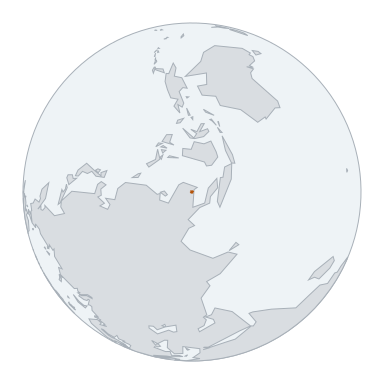 the Earth from above Takêv, rotated 238°
{"feature_id": "KHM-1802", "entity_name": "Takêv", "entity_type": "Province", "adm_level": 1, "iso_a3": "KHM", "parent_name": "Cambodia", "parent_adm1": "", "projection": "orthographic", "projection_center": [104.777, 10.935], "detail": "fine", "context": "on_globe", "style": "filled", "palette": "amber", "viewbox_px": 384, "rotation_deg": 238, "n_neighbors": 0, "source": "natural_earth", "source_scale": "10m", "svg_char_len": 9268}
<svg xmlns="http://www.w3.org/2000/svg" viewBox="0 0 384 384"><g transform="rotate(238 192 192)"><circle cx="192" cy="192" r="169" fill="#eef3f6" stroke="#a8b0b8"/><path d="M349.0,245.8L348.7,246.9L348.6,247.1L349.0,245.8ZM270.0,42.1L276.2,45.7L270.6,42.6L285.8,52.4L290.3,57.0L281.8,49.7L278.3,47.6L279.7,49.3L276.4,47.6L275.2,47.6L271.1,45.6L266.5,42.1L263.8,40.9L264.9,42.3L261.5,41.5L260.3,39.5L254.3,38.1L245.4,33.3L245.3,31.7L243.1,31.0L256.8,35.9L270.0,42.1ZM281.3,49.0L280.2,48.1L282.4,49.6L281.3,49.0ZM275.7,48.0L277.1,49.0L275.9,48.6L275.7,48.0ZM268.6,45.3L266.2,44.8L267.8,44.7L268.6,45.3ZM264.2,44.1L258.5,43.3L261.1,45.1L250.6,40.1L259.0,42.1L260.6,41.5L261.7,42.8L264.2,44.1ZM245.8,37.7L243.7,37.2L245.0,37.1L245.8,37.7ZM227.7,26.9L226.9,26.7L225.9,26.5L227.7,26.9ZM220.7,25.5L217.5,25.0L216.9,24.9L220.7,25.5ZM215.7,24.8L221.7,25.7L222.0,25.8L215.7,24.8ZM212.0,24.3L214.1,24.5L214.3,24.6L212.0,24.3ZM205.2,23.6L203.8,23.5L204.0,23.5L205.2,23.6ZM206.9,23.7L209.0,23.9L208.1,23.8L207.8,23.9L206.7,23.7L206.9,23.7ZM211.8,24.3L212.6,24.4L210.9,24.2L211.8,24.3ZM201.5,23.3L202.6,23.5L199.6,23.4L197.7,23.1L199.6,23.2L201.5,23.3ZM58.3,88.7L58.3,89.0L57.2,90.8L52.0,97.7L46.5,110.5L51.0,105.2L51.4,113.6L55.0,115.6L65.8,102.3L59.9,98.7L64.1,91.4L73.1,88.6L79.1,92.8L80.9,90.2L81.6,82.6L87.5,79.1L82.4,79.8L81.1,82.8L77.9,83.5L78.8,80.9L80.9,79.6L80.4,77.6L70.7,85.0L68.4,88.9L64.3,88.1L60.0,94.7L57.3,97.0L63.5,86.8L66.3,83.6L74.1,72.6L70.7,75.7L63.2,86.6L63.5,85.3L58.9,90.5L62.7,85.5L71.9,73.7L71.2,73.8L86.7,59.8L92.1,56.0L92.2,56.4L100.8,50.8L102.0,50.5L96.6,53.7L92.9,56.5L94.1,58.7L96.2,57.9L101.6,54.3L101.3,55.7L106.4,52.0L110.2,52.3L109.9,49.1L116.3,45.6L122.1,44.0L124.2,42.5L114.7,45.3L111.0,47.1L107.9,49.3L97.8,54.6L96.0,54.9L106.4,47.9L105.1,47.8L113.8,43.0L133.9,37.1L139.0,37.4L133.9,44.2L129.0,45.7L128.4,43.7L123.1,48.4L126.3,46.6L126.0,48.0L132.1,45.8L132.2,46.7L137.8,43.2L138.6,44.1L135.0,46.3L144.6,44.5L147.9,46.3L150.1,45.5L151.4,44.2L154.7,47.7L156.1,47.0L155.6,45.5L158.1,43.3L163.8,41.0L164.7,42.3L162.7,43.3L159.9,47.8L154.5,50.8L155.5,51.2L160.3,49.0L163.8,43.4L167.0,41.7L166.0,44.1L166.6,43.1L168.5,42.7L171.1,43.7L172.5,41.0L191.7,36.7L198.7,38.9L195.7,41.1L210.1,41.3L216.8,44.8L216.3,43.2L222.8,43.0L220.8,41.9L221.1,41.2L236.9,41.4L241.3,42.9L247.5,42.4L247.3,41.8L244.4,40.5L250.6,40.1L261.1,45.1L261.1,46.2L267.7,49.1L266.8,51.5L269.2,55.2L264.5,56.9L266.8,60.1L269.1,60.9L273.9,66.3L275.8,75.5L264.1,64.3L259.2,52.2L260.3,56.5L257.1,54.6L255.6,55.7L256.7,59.2L258.6,60.1L244.8,62.8L241.3,72.5L248.9,72.8L253.7,76.6L256.3,90.5L242.2,108.6L248.5,116.0L248.9,120.6L243.6,122.9L242.8,116.2L237.3,113.3L237.7,109.5L228.9,111.8L229.0,106.5L222.0,111.3L224.8,115.8L232.5,115.4L226.4,122.5L234.3,130.9L235.3,140.6L222.0,156.8L208.5,161.2L207.6,164.2L202.3,160.3L195.1,166.1L205.1,184.6L204.8,189.7L193.1,198.9L192.9,195.0L178.6,184.6L175.9,196.9L186.7,207.9L190.4,220.3L182.0,216.0L178.3,205.1L173.2,201.1L174.7,190.3L170.6,174.1L162.2,176.4L162.9,170.1L156.0,156.6L143.9,159.6L124.7,174.6L122.0,190.8L115.4,197.2L107.8,172.6L108.3,156.9L103.0,157.6L97.2,143.5L80.0,139.5L79.8,135.3L76.0,136.4L72.3,131.4L72.8,124.7L69.5,124.3L68.8,142.1L72.6,142.7L78.8,137.3L77.6,143.5L81.5,150.0L69.3,162.7L47.4,170.7L49.0,158.5L51.8,123.6L53.8,120.3L53.9,119.9L54.2,119.2L50.6,124.3L52.4,117.9L46.8,141.0L44.3,150.8L47.0,171.4L45.9,173.0L47.9,177.6L58.9,176.0L58.1,180.0L50.6,197.2L38.7,218.7L42.4,236.6L45.3,251.2L42.6,258.5L47.7,270.1L47.1,272.8L50.3,279.2L52.5,285.0L54.4,289.7L53.3,288.5L46.8,278.5L41.1,268.1L36.2,257.3L32.0,246.2L28.5,234.8L25.9,223.2L24.2,211.5L23.2,199.6L23.1,187.7L23.8,175.9L25.4,164.1L27.7,152.5L30.9,141.0L34.9,129.8L39.6,119.0L45.1,108.4L51.4,98.3L58.3,88.7ZM81.6,105.2L87.6,107.8L91.5,98.4L94.2,98.8L94.5,95.7L91.8,97.7L93.6,89.5L98.6,88.1L101.3,84.5L99.4,83.5L89.9,87.6L87.2,99.0L83.0,102.0L81.6,105.2ZM108.1,45.3L108.3,45.3L107.5,45.7L108.1,45.3ZM105.8,46.7L105.5,46.9L104.0,47.8L105.8,46.7ZM97.9,51.6L92.4,55.6L89.2,57.9L89.3,57.9L97.9,51.6ZM188.1,23.1L186.9,23.1L188.4,23.1L186.0,23.4L179.5,23.9L181.7,23.9L179.9,24.4L174.6,25.1L176.3,24.5L169.2,25.8L168.3,25.4L167.6,25.6L164.8,25.8L160.2,26.4L160.6,26.2L158.6,26.6L156.7,26.9L154.2,27.4L153.9,27.4L151.0,28.1L163.2,25.5L175.6,23.8L188.1,23.1ZM198.5,23.2L197.4,23.1L197.8,23.2L195.2,23.1L198.7,23.4L191.2,23.5L187.0,23.5L192.9,23.0L192.7,23.0L198.5,23.2ZM59.2,88.6L58.9,89.3L59.3,89.7L56.4,93.2L59.2,88.6ZM65.2,80.5L65.5,80.4L61.5,85.0L61.8,84.5L65.2,80.5ZM69.0,76.6L65.8,80.0L67.7,77.9L69.0,76.6ZM97.2,53.6L97.9,53.5L96.6,54.4L94.7,55.6L97.2,53.6ZM153.5,30.8L155.1,30.0L156.1,29.9L161.7,28.4L162.8,28.8L159.9,29.9L153.5,30.8ZM62.9,104.1L59.8,106.1L60.2,104.5L61.1,104.1L62.9,104.1ZM56.5,99.2L56.3,102.0L55.7,100.2L56.5,99.2ZM155.6,31.0L157.8,30.3L157.0,31.0L155.6,31.0ZM163.9,29.1L163.5,29.8L163.6,28.7L163.9,29.1ZM126.6,333.7L130.1,335.6L127.8,335.4L126.6,333.7ZM59.6,253.6L62.5,277.5L58.4,276.3L54.4,268.5L51.0,253.6L54.8,250.7L55.7,244.3L59.6,253.6ZM232.8,250.2L237.9,251.1L237.7,251.8L232.8,250.2ZM227.6,247.4L233.4,247.8L226.6,249.0L227.6,247.4ZM235.6,248.0L241.5,246.7L244.0,245.5L243.6,247.1L235.6,248.0ZM223.7,247.3L202.2,246.1L193.7,243.6L195.7,240.9L209.5,242.4L223.7,247.3ZM195.1,240.8L182.1,232.1L164.3,207.6L170.6,208.5L189.2,223.7L188.1,226.1L195.9,232.9L195.1,240.8ZM226.5,227.7L225.2,235.0L213.4,233.8L208.0,232.4L204.3,222.8L206.4,218.1L210.8,218.5L227.9,203.1L233.8,207.3L228.6,213.9L233.5,220.5L226.5,227.7ZM122.6,192.4L126.0,202.6L122.5,203.8L122.6,192.4ZM234.7,192.1L227.9,198.8L234.1,189.7L234.7,192.1ZM238.4,183.4L238.9,187.0L236.0,183.4L238.4,183.4ZM207.5,169.1L202.8,169.7L202.7,167.2L208.6,165.0L207.5,169.1ZM235.9,148.9L236.0,156.1L235.1,158.5L232.9,154.0L235.9,148.9ZM168.0,37.0L159.0,38.3L153.2,40.2L151.0,42.6L150.2,40.1L159.1,37.1L168.0,37.0ZM188.7,36.5L190.5,34.9L192.3,35.6L192.2,36.0L188.7,36.5ZM188.0,35.5L185.3,33.7L188.1,32.9L189.6,34.4L188.0,35.5ZM170.1,31.4L167.4,31.6L168.1,31.0L170.1,31.4ZM309.7,310.1L310.0,310.9L305.2,315.5L299.3,320.3L295.1,322.2L309.7,310.1ZM272.8,323.8L274.3,318.8L280.0,318.1L276.2,322.6L272.8,323.8ZM313.7,306.4L318.1,301.5L321.4,295.6L318.9,300.8L320.3,300.5L310.9,310.3L313.7,306.4ZM256.4,303.1L223.7,312.8L216.9,311.3L219.3,307.0L214.6,293.5L216.9,293.8L216.3,284.7L236.1,276.9L250.4,261.8L260.6,262.9L268.8,251.9L278.9,252.8L275.4,261.5L285.3,267.3L293.6,247.6L298.1,268.6L304.3,275.8L304.1,288.8L287.2,310.7L279.0,315.1L278.2,313.2L274.6,315.4L270.0,314.6L268.8,307.8L265.2,310.0L269.3,304.7L263.8,309.4L262.1,304.9L256.4,303.1ZM328.4,264.4L329.4,264.9L330.6,268.4L328.9,267.9L328.4,264.4ZM346.1,250.6L346.2,252.2L345.2,252.8L346.1,250.6ZM348.6,247.1L347.5,248.1L349.0,245.8L348.6,247.1ZM336.1,251.7L336.5,252.9L335.9,253.5L336.1,251.7ZM335.7,251.3L336.6,249.1L336.2,251.3L335.7,251.3ZM331.1,240.3L331.9,239.2L332.2,240.0L331.1,240.3ZM245.3,251.4L252.4,245.9L256.1,245.5L245.3,251.4ZM330.1,238.1L328.2,238.0L328.5,236.8L330.1,238.1ZM330.4,235.4L330.3,233.8L331.2,237.5L330.4,235.4ZM326.9,232.0L329.1,234.7L326.6,232.4L326.9,232.0ZM325.4,232.5L323.7,231.3L323.8,230.8L325.4,232.5ZM304.7,235.0L311.3,244.4L305.7,244.2L299.6,238.4L294.3,243.9L282.6,242.9L285.4,239.5L284.0,234.3L271.7,232.1L269.2,228.6L273.6,226.4L265.4,223.6L274.4,222.2L278.1,229.3L283.1,223.9L291.7,225.4L299.9,227.7L306.3,232.9L304.7,235.0ZM274.3,237.5L275.9,237.6L274.4,239.6L274.3,237.5ZM320.4,227.5L322.9,230.8L322.6,231.7L321.3,231.2L320.4,227.5ZM307.8,231.7L314.8,226.0L316.3,226.0L311.7,232.6L307.8,231.7ZM313.2,222.2L316.3,223.0L317.9,226.2L317.2,227.1L313.2,222.2ZM255.8,230.7L255.4,232.6L253.0,231.0L255.8,230.7ZM258.9,229.6L266.1,231.9L258.2,231.2L258.9,229.6ZM236.9,222.2L239.0,226.9L245.8,224.2L240.6,228.2L245.1,235.9L243.5,238.6L239.1,230.4L237.4,238.7L234.4,238.4L232.8,231.2L235.9,222.5L238.9,219.0L251.1,217.9L236.9,222.2ZM258.9,224.0L257.0,218.7L258.4,215.2L260.5,218.0L258.9,224.0ZM251.2,205.7L246.0,199.4L241.4,201.6L250.7,193.4L254.1,200.8L251.2,205.7ZM246.7,192.2L242.4,194.1L246.8,189.4L246.7,192.2ZM241.2,192.0L240.6,187.8L244.1,188.5L241.2,192.0ZM249.0,192.5L249.6,185.3L251.4,189.6L249.0,192.5ZM238.9,178.3L246.5,185.5L236.8,182.2L236.0,168.6L240.1,168.4L238.9,178.3ZM259.3,126.1L258.0,122.5L261.6,121.9L261.5,124.5L259.3,126.1ZM272.2,117.9L262.2,120.6L253.9,123.4L256.7,125.1L255.3,131.2L250.9,125.3L256.3,118.9L262.6,118.0L263.1,113.1L267.5,110.1L265.8,104.0L267.6,101.7L271.0,107.0L272.2,117.9ZM264.8,101.5L263.5,91.5L270.5,93.4L272.3,96.0L270.0,99.7L266.5,98.4L264.8,101.5ZM265.2,89.7L261.8,88.5L252.6,74.3L252.4,71.9L263.1,83.0L260.4,82.6L261.5,86.0L265.2,89.7ZM244.6,37.9L243.8,37.3L245.6,38.0L244.6,37.9ZM219.8,40.6L220.5,39.7L222.6,40.4L219.8,40.6ZM223.4,38.0L220.6,37.8L223.3,37.4L223.4,38.0ZM214.2,37.6L219.3,37.4L214.9,38.5L214.2,37.6Z" fill="#d9dde1" stroke="#a8b0b8" stroke-width="1"/><path d="M192.8,192.0L192.7,192.1L192.7,192.3L192.8,192.6L192.5,192.9L192.4,192.9L192.3,193.1L192.2,193.2L191.8,193.2L191.8,192.9L191.7,192.8L191.7,192.7L191.8,192.6L191.9,192.4L191.8,192.1L191.6,192.1L191.4,192.1L191.4,191.9L191.3,191.7L191.2,191.7L191.3,191.5L191.5,191.6L191.7,191.4L191.7,191.2L191.8,190.9L192.0,190.8L192.3,190.8L192.5,190.8L192.5,191.0L192.7,191.3L192.7,191.5L192.7,191.8L192.7,192.0L192.8,192.0L192.8,192.0Z" fill="#f59e0b" stroke="#b45309" stroke-width="1.5"/></g></svg>